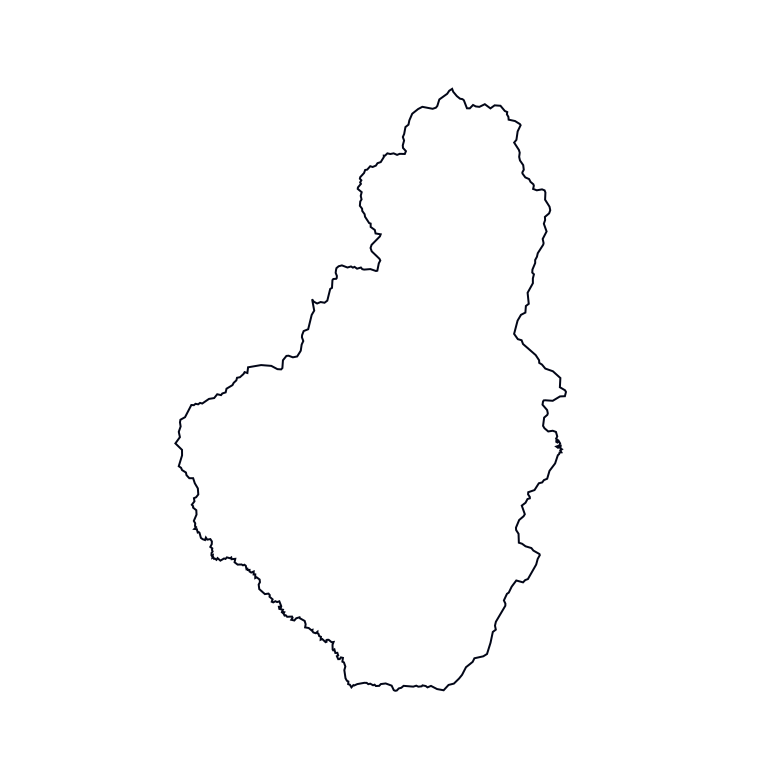 Mae Suai, Chiang Rai, Thailand, rotated 13°
{"feature_id": "78962969B62426032624456", "entity_name": "Mae Suai", "entity_type": "district", "adm_level": 2, "iso_a3": "THA", "parent_name": "Thailand", "parent_adm1": "Chiang Rai", "projection": "natural_earth1", "projection_center": [99.446, 19.72], "detail": "fine", "context": "isolated", "style": "outline", "palette": "ink", "viewbox_px": 768, "rotation_deg": 13, "n_neighbors": 0, "source": "geoboundaries", "source_scale": "gbopen_adm2", "svg_char_len": 6141}
<svg xmlns="http://www.w3.org/2000/svg" viewBox="0 0 768 768"><g transform="rotate(13 384 384)"><path d="M230.7,553.4L229.5,560.2L231.4,562.2L231.8,564.9L233.1,565.7L231.8,567.9L234.3,567.6L235.9,570.6L236.8,570.0L237.7,570.5L240.2,575.1L242.2,576.0L244.7,576.3L245.0,573.7L246.8,575.4L249.7,574.2L251.7,576.1L252.2,578.8L251.4,581.8L253.7,582.8L253.7,584.3L254.7,585.8L254.0,587.4L254.4,589.7L255.0,590.3L255.7,589.5L255.9,592.0L256.7,591.3L257.8,592.6L258.5,592.2L260.3,593.0L261.0,591.1L264.3,592.9L267.4,590.0L268.9,590.1L269.9,588.3L273.2,588.4L274.2,587.4L274.9,589.0L278.4,587.8L278.5,591.3L282.0,592.9L285.8,591.9L287.4,592.4L288.6,591.5L290.2,592.2L291.7,595.4L292.5,594.8L293.1,595.9L294.8,595.4L295.1,596.9L297.0,597.6L299.2,596.0L299.8,598.9L301.4,598.5L302.2,602.0L303.4,601.0L306.8,602.5L307.7,605.0L307.0,607.6L308.6,611.9L315.2,615.5L318.6,614.2L320.2,615.4L320.3,617.0L323.9,618.9L323.6,621.4L325.2,621.7L327.0,620.1L328.9,620.5L330.9,619.3L333.9,623.7L333.8,625.0L333.2,624.2L331.7,624.7L332.6,626.7L336.3,626.7L335.8,629.3L337.0,629.9L337.3,628.8L338.2,628.8L337.8,630.4L339.2,632.0L340.2,631.4L342.0,632.6L346.7,631.3L347.5,632.3L346.7,634.6L349.8,634.6L351.2,632.0L354.2,630.3L354.8,631.2L360.0,632.7L361.7,635.7L361.9,638.9L365.5,638.7L368.5,640.2L369.6,639.6L369.7,640.9L371.1,642.0L373.5,642.2L374.9,640.4L375.3,641.9L376.4,642.2L377.6,644.2L379.4,644.5L379.8,647.4L381.2,646.4L385.2,648.7L386.0,648.1L385.5,646.6L386.0,646.1L387.6,645.7L391.1,647.4L392.9,646.7L392.5,649.7L393.7,654.3L394.4,654.9L395.4,653.8L397.1,657.0L399.0,656.4L400.4,658.8L399.3,659.8L401.3,662.4L402.7,662.0L403.5,660.1L405.6,660.1L405.9,663.9L407.6,664.3L409.9,668.0L409.7,671.7L412.7,679.4L414.6,681.5L416.2,681.9L416.6,684.5L418.4,684.7L420.5,686.9L421.9,684.3L422.7,684.5L425.5,682.4L432.0,679.6L434.3,679.1L436.2,680.0L438.0,679.1L441.1,680.0L442.5,679.1L444.0,680.1L447.2,679.2L448.4,677.1L453.0,675.4L459.3,676.2L462.4,680.1L463.9,680.4L465.4,679.8L466.9,677.3L469.2,676.1L471.0,673.7L480.6,672.3L483.3,670.7L485.5,671.2L488.7,670.1L489.3,669.0L492.6,668.9L494.6,669.8L497.7,667.6L504.3,669.3L511.0,669.0L514.6,662.7L519.5,660.2L523.4,654.1L525.5,649.8L527.6,641.5L532.9,634.8L533.8,630.9L542.0,627.0L545.1,623.9L546.0,612.2L545.8,601.1L548.2,598.2L546.5,594.5L546.5,590.5L552.1,572.8L551.7,570.7L549.5,567.9L551.0,560.8L552.5,559.2L554.0,552.7L557.1,545.7L564.1,546.0L565.7,543.3L568.1,541.7L572.9,525.7L573.1,519.9L574.3,515.7L573.7,514.7L567.0,512.7L564.5,510.7L558.4,510.3L554.5,508.6L551.1,508.3L548.8,499.7L545.6,496.6L544.9,494.3L546.3,486.1L549.8,481.4L550.5,479.2L545.6,471.5L548.6,467.9L549.7,463.8L551.8,462.6L551.5,461.3L549.2,459.1L548.9,457.0L554.5,453.5L557.2,445.9L560.3,444.3L561.4,441.7L564.3,439.6L564.8,431.4L568.6,422.9L569.4,414.3L570.4,412.9L570.5,411.3L572.2,410.7L570.7,409.1L572.0,407.6L570.4,407.1L570.1,404.9L567.9,407.0L566.0,406.2L568.7,404.5L569.0,402.3L567.2,400.4L566.2,402.0L564.9,401.6L564.7,400.4L565.7,399.4L564.0,398.6L564.6,396.1L562.3,392.0L558.9,391.6L554.7,393.3L550.3,391.0L548.4,389.0L547.6,380.7L550.1,377.3L550.2,375.7L548.8,372.7L543.1,368.5L542.9,365.3L543.3,364.1L544.7,363.6L552.2,362.4L558.3,356.5L563.0,355.2L563.1,350.8L561.8,349.4L556.1,347.6L554.5,338.5L545.7,333.6L537.7,332.7L533.5,329.5L530.5,328.5L529.8,326.0L525.3,321.7L510.5,313.8L508.2,310.4L504.3,310.2L499.5,305.9L499.9,292.2L501.9,285.8L505.7,282.6L504.7,276.1L507.0,273.3L503.4,262.8L506.4,252.3L505.3,247.7L505.4,243.4L503.4,242.1L502.9,239.1L504.1,232.1L503.4,229.2L504.4,225.6L504.4,222.0L507.8,212.4L507.8,210.8L506.0,207.0L508.1,198.8L503.7,191.9L504.1,188.0L503.2,185.0L506.5,180.6L506.9,177.3L505.4,174.0L499.5,168.2L498.2,161.1L496.9,159.2L494.2,158.8L489.3,160.9L485.4,160.4L485.4,157.1L484.6,155.8L481.3,154.1L479.3,151.7L475.2,150.9L471.6,147.8L471.2,146.7L472.0,143.8L470.4,139.4L466.2,135.6L464.6,132.3L464.2,128.1L462.8,125.6L456.5,119.5L458.1,116.3L457.4,107.8L458.9,101.1L458.0,100.2L452.5,98.3L446.0,98.4L445.1,95.7L443.1,93.6L442.9,91.3L440.3,90.8L434.9,86.7L429.1,87.6L425.7,91.5L419.3,88.7L414.6,92.5L411.0,92.9L408.0,92.1L405.6,96.1L402.8,96.7L398.0,89.6L396.4,88.8L393.9,88.9L390.2,87.1L385.7,83.7L384.0,81.1L381.6,83.6L380.3,87.0L373.9,94.3L373.4,101.1L372.4,103.1L369.5,104.9L359.0,105.3L355.4,108.4L350.7,114.3L349.4,121.4L349.5,125.8L347.1,128.8L347.4,135.8L346.8,139.1L348.8,142.3L348.6,147.2L349.4,149.7L353.0,152.2L352.5,155.2L347.5,156.2L345.2,157.8L341.5,157.1L338.4,158.5L335.4,158.5L333.6,161.3L332.4,161.5L332.8,162.9L330.9,168.5L328.0,170.3L327.0,173.0L324.1,175.1L321.6,174.9L319.4,178.9L317.5,179.7L317.1,182.9L314.3,187.8L314.3,189.4L316.1,190.6L315.4,192.9L316.5,194.2L314.4,198.3L314.5,199.8L319.1,202.1L319.0,205.9L320.6,209.2L319.8,211.5L320.4,215.8L323.2,218.1L323.9,220.3L326.9,222.9L327.9,225.3L333.3,230.5L334.9,230.7L335.7,234.0L340.4,236.0L341.9,239.2L347.1,238.9L346.8,241.1L340.6,251.2L340.3,254.5L342.2,257.5L351.4,263.0L352.6,264.5L351.8,267.6L352.0,275.1L350.8,275.7L344.9,275.1L338.9,277.0L337.0,277.0L335.3,275.7L331.8,277.7L328.9,276.5L327.5,277.6L325.4,276.9L322.2,278.7L316.3,277.9L313.3,279.5L311.6,281.8L311.6,283.7L311.9,286.6L313.8,289.3L314.1,291.4L313.8,292.2L311.0,293.1L310.4,294.4L311.7,302.0L310.2,303.5L310.0,315.5L307.8,318.2L303.8,318.4L300.7,320.6L296.9,319.5L294.9,317.6L299.5,328.2L298.0,332.9L297.8,347.7L293.8,350.5L293.2,354.8L293.5,356.9L295.7,360.3L294.9,364.1L295.4,370.3L293.2,376.7L289.2,378.5L284.6,377.9L282.6,378.6L280.2,383.6L281.4,391.3L280.5,392.9L276.8,393.5L270.1,391.7L260.0,393.2L247.8,398.3L248.4,404.0L245.5,403.8L244.9,405.8L242.1,409.8L239.4,411.0L239.3,413.7L237.3,416.6L236.6,419.2L231.6,424.0L231.6,427.8L228.6,429.6L227.7,431.5L223.8,431.5L221.7,435.9L216.8,437.9L211.3,443.9L209.0,443.8L207.5,445.6L204.8,445.7L203.5,447.4L201.0,447.8L197.6,461.1L193.7,464.6L193.8,467.2L195.4,471.1L194.8,476.8L197.1,481.7L194.1,488.8L202.0,493.6L203.3,499.0L202.5,510.3L205.1,511.3L206.6,513.3L210.9,514.8L212.1,517.3L215.5,519.6L219.2,518.7L222.0,523.3L226.1,527.6L227.9,533.4L226.4,536.6L224.5,538.0L225.7,541.0L223.9,544.9L225.5,546.0L225.8,547.4L229.5,549.2L230.7,553.4Z" fill="none" stroke="#020617" stroke-width="2"/></g></svg>